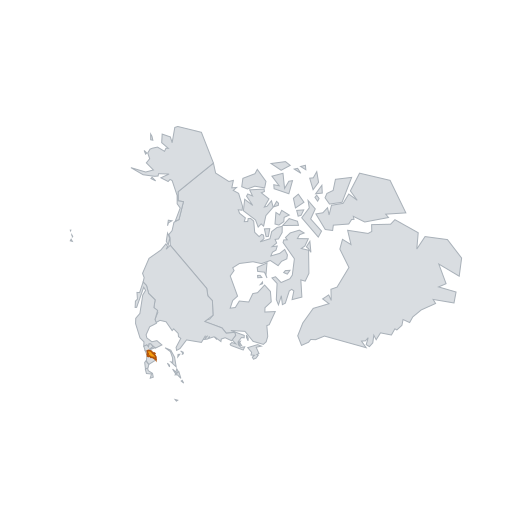 Honduras highlighted on a map of North America, rotated 51°
{"feature_id": "HND", "entity_name": "Honduras", "entity_type": "country or territory", "adm_level": 0, "iso_a3": "HND", "parent_name": "North America", "parent_adm1": "", "projection": "mercator", "projection_center": [-86.242, 14.747], "detail": "fine", "context": "in_parent", "style": "filled", "palette": "amber", "viewbox_px": 512, "rotation_deg": 51, "n_neighbors": 17, "source": "natural_earth", "source_scale": "50m", "svg_char_len": 10608}
<svg xmlns="http://www.w3.org/2000/svg" viewBox="0 0 512 512"><g transform="rotate(51 256 256)"><path d="M193.7,315.9L188.0,311.4L184.4,310.1L183.5,305.3L178.2,298.6L179.2,292.9L168.1,278.2L164.2,281.7L157.0,276.1L157.0,230.6L166.1,235.2L181.0,230.2L183.0,226.0L187.8,231.9L190.5,228.0L190.7,232.4L196.4,230.1L209.0,235.2L211.7,238.0L208.9,240.7L212.5,241.9L219.7,240.3L221.9,243.5L224.0,240.8L222.0,238.5L223.3,236.6L227.4,235.8L236.8,242.1L242.9,241.4L242.7,238.0L244.5,237.0L247.6,238.9L247.6,243.9L251.4,234.3L246.9,228.4L247.1,221.6L249.5,217.0L254.2,220.9L256.9,227.8L255.1,230.7L258.9,231.8L258.9,237.6L261.6,233.2L264.0,236.8L263.4,240.9L265.3,244.4L268.9,235.9L269.0,229.6L274.9,230.9L277.6,233.8L276.2,239.5L277.4,244.9L268.5,247.7L265.4,256.5L258.6,261.9L251.4,273.6L250.5,281.5L253.5,282.2L255.3,288.6L275.6,295.6L275.9,302.1L280.3,308.9L283.0,304.5L280.5,297.3L287.2,290.6L283.2,282.1L285.5,277.9L284.0,267.6L292.6,267.1L301.2,273.0L301.8,281.5L305.1,284.4L311.3,276.0L317.7,289.0L316.9,291.4L325.9,297.5L329.1,302.1L329.3,305.9L320.5,312.0L307.6,312.0L298.1,322.4L310.3,315.1L312.1,316.7L310.2,318.7L311.5,324.1L314.2,325.6L317.5,325.2L319.5,321.9L321.0,325.1L309.7,331.8L308.2,331.6L308.1,329.2L311.6,326.9L306.1,327.3L304.8,321.7L301.9,320.6L297.3,327.7L290.5,327.7L275.2,337.0L273.8,336.1L275.9,331.7L275.0,326.7L263.3,318.0L256.7,318.5L250.2,314.7L193.7,315.9ZM272.1,267.0L273.6,265.0L276.4,265.0L274.0,268.3L272.1,267.0ZM280.6,211.1L278.5,204.9L287.7,211.0L283.4,210.6L280.6,211.1ZM280.9,270.6L280.3,267.3L281.7,268.3L280.9,270.6ZM252.7,195.3L251.6,198.2L246.2,195.7L250.2,189.9L252.7,195.3ZM252.2,173.6L247.5,173.3L247.0,170.6L251.0,170.8L252.2,173.6ZM242.5,160.3L248.8,164.9L245.2,170.5L242.5,160.3ZM280.5,195.7L255.1,196.4L252.1,184.3L245.6,180.6L256.7,180.3L261.6,190.2L277.9,189.4L280.5,195.7ZM214.1,168.5L219.9,169.1L212.5,171.6L214.1,168.5ZM216.6,160.5L220.3,163.0L214.5,165.0L216.6,160.5ZM329.4,308.6L327.0,313.3L333.7,315.1L333.1,317.3L334.5,316.8L335.4,320.3L334.6,322.9L332.3,322.5L332.2,319.7L329.8,322.2L328.1,320.0L322.0,320.1L325.9,310.5L329.4,308.6ZM268.3,251.8L277.0,260.2L280.0,261.3L273.9,259.6L269.0,264.4L265.6,262.2L268.3,251.8ZM278.7,216.1L284.6,211.5L302.8,225.8L306.5,233.6L302.8,236.2L316.8,246.2L312.6,255.4L307.0,248.6L304.4,249.2L304.1,252.1L311.1,262.9L310.4,266.1L302.8,261.3L308.1,269.3L302.6,267.6L290.6,256.9L283.1,257.4L284.4,253.9L292.4,253.2L295.0,244.0L293.7,239.8L282.3,227.9L262.6,226.5L261.0,224.3L263.1,221.5L260.2,221.5L259.6,214.9L263.2,206.0L268.4,204.1L266.9,208.7L268.5,212.9L275.5,204.5L279.0,211.7L278.7,216.1ZM247.8,206.7L255.1,201.9L258.9,203.7L249.1,216.1L247.8,206.7ZM193.6,186.1L201.2,173.7L207.1,172.4L205.2,182.5L193.6,186.1ZM173.0,301.6L175.7,299.2L175.1,303.1L176.8,305.7L173.0,301.6ZM228.7,155.7L238.1,161.0L240.4,169.9L229.3,165.3L231.3,162.3L228.7,155.7ZM192.3,317.4L188.0,316.4L182.5,310.3L187.8,311.8L192.3,317.4ZM189.5,200.5L204.3,201.3L208.5,206.4L201.0,213.0L198.5,220.5L193.2,223.5L187.4,217.3L191.4,205.0L189.5,200.5ZM220.4,180.2L228.3,191.3L215.1,199.6L211.8,197.3L216.0,193.8L204.0,193.4L208.7,183.0L221.5,191.3L218.6,183.4L220.4,180.2ZM222.8,209.2L228.9,212.0L230.8,222.9L237.6,231.3L234.3,231.8L234.9,236.1L227.7,233.7L212.9,237.3L204.8,229.1L214.7,226.7L203.6,225.7L202.6,223.4L207.2,220.9L200.6,219.3L209.1,207.6L211.2,208.9L210.2,212.1L219.8,210.0L223.2,218.7L224.3,216.1L222.8,209.2ZM238.9,211.8L236.7,207.3L245.1,204.4L243.7,209.8L246.8,212.8L246.4,218.7L243.1,221.1L234.7,213.1L238.9,211.8ZM226.5,205.6L229.2,205.3L230.7,206.8L228.9,211.4L226.5,205.6ZM234.6,184.2L244.4,184.9L243.5,195.1L234.7,190.6L234.6,184.2ZM246.4,146.0L255.1,132.2L268.4,155.3L261.9,166.2L254.2,165.7L252.0,161.5L253.6,154.8L246.4,146.0ZM256.8,123.4L281.6,104.2L316.8,112.4L305.1,128.9L309.5,128.8L298.0,150.1L286.4,155.4L289.2,156.8L287.8,158.7L289.5,163.8L280.7,176.5L284.4,180.4L279.0,185.5L261.0,183.0L264.5,176.8L263.5,170.0L270.1,173.4L264.1,165.4L269.9,155.2L266.2,144.9L276.4,142.3L264.8,141.7L256.8,123.4ZM289.8,243.1L286.3,244.9L285.8,242.4L288.5,238.6L289.8,243.1ZM243.4,228.1L248.6,234.1L247.3,236.0L240.2,232.4L243.4,228.1ZM311.4,313.2L314.8,313.7L316.9,315.5L313.3,314.6L311.4,313.2ZM312.5,321.8L313.2,323.2L316.5,323.5L314.8,324.9L312.2,323.7L312.5,321.8Z" fill="#d9dde1" stroke="#a8b0b8" stroke-width="1"/><path d="M193.7,315.9L250.2,314.7L256.7,318.5L263.3,318.0L275.0,326.7L274.7,337.0L290.5,327.7L297.3,327.7L301.9,320.6L304.8,321.7L306.5,328.3L300.1,331.4L298.7,335.2L300.4,337.1L292.9,339.0L296.4,339.0L292.4,339.4L290.5,344.2L289.2,342.7L290.2,345.6L288.4,348.6L287.5,343.7L287.6,346.4L286.3,346.0L288.8,352.8L277.5,362.8L280.1,373.3L279.4,377.1L276.7,375.6L272.7,366.3L269.9,367.0L267.2,365.2L260.8,365.8L261.2,368.1L250.5,367.3L245.6,371.1L244.8,375.6L241.8,374.5L237.9,367.6L231.8,367.8L226.6,362.0L217.5,363.0L210.1,359.7L205.2,360.1L202.4,356.5L198.1,355.1L190.5,340.6L191.5,326.2L189.9,318.4L193.1,318.8L194.2,321.6L193.7,315.9ZM157.0,230.6L157.0,276.1L164.2,281.7L168.1,278.2L179.2,292.9L178.1,296.8L171.0,284.7L165.8,284.4L159.3,279.2L144.6,273.7L142.4,274.6L142.8,277.4L135.4,280.7L137.6,272.0L130.7,279.9L132.2,281.8L130.3,284.6L121.8,292.6L108.6,297.6L121.3,288.9L124.6,281.6L114.6,282.6L113.5,277.4L107.8,275.3L106.3,271.1L107.0,268.7L109.4,264.0L117.1,261.2L115.6,258.2L117.1,256.4L108.6,258.0L102.2,252.2L109.6,247.6L115.2,249.9L105.0,238.2L106.1,235.3L125.5,220.6L157.0,230.6ZM94.9,261.1L97.4,261.5L101.1,263.3L99.4,264.7L94.9,261.1ZM126.6,389.1L129.1,389.5L127.3,390.8L126.6,389.1ZM125.5,386.3L125.9,387.2L125.3,386.5L125.5,386.3ZM124.2,385.8L125.1,386.2L124.0,386.1L124.2,385.8ZM122.4,385.6L123.4,385.6L122.4,385.6ZM119.4,383.6L119.7,384.4L119.0,384.0L119.4,383.6ZM103.6,276.5L107.2,276.1L107.4,277.7L103.6,276.5ZM129.4,287.2L134.5,286.7L129.7,288.9L129.4,287.2Z" fill="#d9dde1" stroke="#a8b0b8" stroke-width="1"/><path d="M296.9,389.1L296.9,392.6L291.4,392.0L295.7,391.3L293.9,388.6L296.9,389.1Z" fill="#d9dde1" stroke="#a8b0b8" stroke-width="1"/><path d="M297.5,393.6L297.2,388.7L303.8,391.4L299.0,391.8L297.5,393.6Z" fill="#d9dde1" stroke="#a8b0b8" stroke-width="1"/><path d="M282.4,374.3L284.5,373.4L284.6,374.0L282.4,374.3ZM284.6,372.9L286.2,374.0L285.9,375.6L285.5,374.1L284.6,372.9ZM283.4,378.5L284.4,377.1L285.2,380.3L283.4,378.5Z" fill="#d9dde1" stroke="#a8b0b8" stroke-width="1"/><path d="M347.3,112.4L363.7,96.9L387.0,97.5L399.6,110.8L377.3,119.0L397.1,125.7L394.9,133.6L409.9,123.2L417.1,131.7L401.2,145.7L405.9,146.3L401.9,161.5L402.0,172.5L404.4,178.5L397.9,181.7L401.7,186.2L402.1,193.1L400.0,193.9L402.6,200.5L394.1,207.6L396.7,215.3L391.7,214.3L397.0,219.9L397.8,224.9L394.2,226.1L390.1,220.2L390.8,224.4L388.5,227.6L396.6,228.1L361.3,253.2L358.5,262.4L355.3,266.0L356.1,269.4L354.1,276.9L344.3,273.8L337.5,261.8L332.7,244.5L339.0,229.3L331.3,231.2L332.0,224.0L337.9,225.5L329.0,218.7L331.2,212.6L323.4,191.0L303.4,186.5L297.5,178.3L306.9,175.0L293.7,168.6L309.0,154.7L309.8,150.6L304.4,146.4L316.0,131.4L315.2,125.2L340.0,115.3L351.8,126.7L347.3,112.4Z" fill="#d9dde1" stroke="#a8b0b8" stroke-width="1"/><path d="M205.2,360.1L210.1,359.7L217.5,363.0L226.6,362.0L231.8,367.8L236.4,366.7L241.8,374.5L245.6,375.6L244.1,383.2L248.1,391.0L251.0,392.4L257.1,390.9L259.4,386.3L265.9,385.1L264.3,392.2L258.0,393.1L257.0,394.3L259.0,396.8L256.4,396.8L255.5,400.0L252.2,397.1L246.7,397.7L232.7,392.1L228.7,388.6L227.6,382.4L215.1,368.6L213.2,363.4L209.6,362.9L220.8,381.1L219.9,382.3L215.2,378.1L214.9,375.3L209.4,371.4L211.2,369.5L205.2,360.1Z" fill="#d9dde1" stroke="#a8b0b8" stroke-width="1"/><path d="M285.5,412.1L284.4,415.1L281.9,411.5L278.4,415.1L274.4,413.3L274.2,410.5L277.3,411.9L282.1,410.3L285.5,412.1Z" fill="#d9dde1" stroke="#a8b0b8" stroke-width="1"/><path d="M275.0,410.3L274.2,413.0L268.7,409.5L268.2,407.6L272.8,407.5L275.0,410.3Z" fill="#d9dde1" stroke="#a8b0b8" stroke-width="1"/><path d="M272.8,407.5L268.6,407.2L264.7,403.4L270.2,399.5L273.8,399.1L272.8,407.5Z" fill="#d9dde1" stroke="#a8b0b8" stroke-width="1"/><path d="M261.3,400.3L264.6,401.6L264.2,402.9L259.8,401.7L261.3,400.3Z" fill="#d9dde1" stroke="#a8b0b8" stroke-width="1"/><path d="M255.5,400.0L256.4,396.8L259.0,396.8L257.0,394.3L258.0,393.1L261.7,393.1L261.5,397.2L263.6,397.5L261.3,400.3L259.8,401.7L255.5,400.0Z" fill="#d9dde1" stroke="#a8b0b8" stroke-width="1"/><path d="M261.7,393.1L263.8,392.0L262.1,397.2L261.5,397.2L261.7,393.1Z" fill="#d9dde1" stroke="#a8b0b8" stroke-width="1"/><path d="M306.2,391.6L309.3,392.2L306.1,392.8L306.2,391.6Z" fill="#d9dde1" stroke="#a8b0b8" stroke-width="1"/><path d="M283.5,392.3L286.4,391.9L287.8,393.0L283.5,392.3Z" fill="#d9dde1" stroke="#a8b0b8" stroke-width="1"/><path d="M275.6,381.5L283.5,383.0L291.9,387.8L284.7,388.8L286.1,387.6L282.8,385.0L276.5,382.7L270.1,384.4L275.6,381.5Z" fill="#d9dde1" stroke="#a8b0b8" stroke-width="1"/><path d="M316.6,409.2L318.8,407.6L318.7,409.2L316.6,409.2Z" fill="#d9dde1" stroke="#a8b0b8" stroke-width="1"/><path d="M273.8,399.1L273.3,399.0L273.0,399.1L272.9,399.2L272.8,399.3L272.6,399.4L272.4,399.5L272.2,399.5L271.9,399.5L271.7,399.6L271.4,399.7L271.2,399.8L270.8,399.8L270.6,399.6L270.4,399.4L270.1,399.6L270.0,399.8L269.8,399.9L269.7,400.0L269.7,400.3L269.7,400.5L269.3,400.7L269.1,400.9L268.9,401.1L268.7,401.2L268.6,401.3L268.5,401.5L268.1,401.2L267.9,401.1L267.6,401.3L267.4,401.6L266.8,401.6L266.6,401.6L266.5,401.8L266.6,402.4L266.6,402.6L266.3,402.7L266.2,402.7L266.2,402.8L266.2,403.0L265.9,403.2L265.4,403.3L265.4,403.0L265.2,402.9L265.0,402.6L264.8,402.4L264.6,402.5L264.5,402.4L264.4,402.4L264.5,402.3L264.6,402.2L264.5,401.9L264.6,401.5L264.4,401.4L264.2,401.4L263.9,401.3L263.9,401.2L263.7,401.2L263.5,401.3L263.2,401.4L263.0,401.2L262.8,401.1L262.7,401.1L262.3,400.9L262.0,400.6L261.9,400.5L261.8,400.4L261.7,400.4L261.3,400.3L261.3,400.2L261.7,399.9L261.7,399.7L261.5,399.3L261.7,399.0L261.7,398.9L262.0,398.8L262.1,398.7L262.3,398.5L262.6,398.3L262.9,398.0L263.3,397.8L263.5,397.6L263.8,397.6L263.9,397.4L264.0,397.4L264.2,397.2L264.3,397.2L264.6,397.1L264.8,397.1L264.9,397.3L265.1,397.4L265.3,397.3L265.5,397.3L266.2,397.5L266.5,397.4L267.1,397.4L267.3,397.4L267.7,397.2L267.9,397.2L268.2,397.1L268.1,396.9L268.5,396.9L269.1,397.2L269.7,397.1L270.0,397.0L270.8,397.2L271.0,397.4L271.0,397.2L271.6,397.3L272.5,398.1L272.1,398.0L271.9,398.0L272.0,398.2L272.4,398.3L272.5,398.4L272.6,398.6L272.8,398.5L273.0,398.6L273.0,398.4L272.7,398.3L272.8,398.3L273.4,398.5L273.5,398.9L273.7,399.0L273.8,399.1ZM267.2,396.2L266.9,396.3L266.9,396.2L267.2,396.1L267.4,396.0L267.5,396.1L267.2,396.2ZM268.3,396.0L268.2,396.1L268.2,395.9L268.3,395.9L268.3,396.0Z" fill="#f59e0b" stroke="#b45309" stroke-width="1.5"/></g></svg>